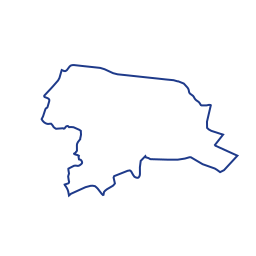 outline of Bukhoro, rotated 152°
{"feature_id": "UZB-354", "entity_name": "Bukhoro", "entity_type": "Region", "adm_level": 1, "iso_a3": "UZB", "parent_name": "Uzbekistan", "parent_adm1": "", "projection": "robinson", "projection_center": [64.255, 40.217], "detail": "fine", "context": "isolated", "style": "outline", "palette": "blue", "viewbox_px": 256, "rotation_deg": 152, "n_neighbors": 0, "source": "natural_earth", "source_scale": "10m", "svg_char_len": 2636}
<svg xmlns="http://www.w3.org/2000/svg" viewBox="0 0 256 256"><g transform="rotate(152 128 128)"><path d="M149.3,210.0L147.7,209.7L146.1,208.9L137.6,203.1L130.2,198.1L124.3,194.1L121.1,190.9L115.4,183.4L112.0,180.3L104.7,175.4L87.3,163.6L78.7,157.8L71.5,152.9L65.3,148.8L62.3,145.9L61.7,145.6L57.9,141.1L57.4,139.3L56.5,135.7L56.4,134.3L56.6,132.9L57.0,131.7L57.3,130.5L57.1,129.2L55.5,125.9L55.3,124.6L55.3,122.9L55.1,121.6L54.7,120.4L53.4,117.9L53.1,116.7L52.9,114.0L52.4,113.4L48.1,111.1L45.6,110.4L44.4,109.6L44.2,109.2L55.3,96.5L58.1,91.0L57.4,88.9L55.8,86.4L47.2,77.5L59.2,72.2L59.1,71.3L44.4,52.2L63.0,45.7L67.4,45.8L69.1,49.3L70.4,51.5L79.1,61.0L86.2,72.6L87.4,73.3L92.1,74.3L99.0,76.7L107.1,81.0L122.9,90.0L124.1,91.9L126.0,93.7L125.9,95.0L132.2,93.0L135.9,87.8L139.1,81.7L140.0,80.5L141.1,79.7L142.1,79.3L143.1,79.6L144.1,80.4L145.2,81.9L145.5,84.1L145.6,88.3L146.3,89.7L148.5,90.4L162.8,92.0L164.0,91.0L165.6,85.2L166.6,84.7L168.4,84.1L175.3,83.8L177.6,83.4L179.3,82.7L181.0,80.5L181.6,80.6L182.1,82.1L183.2,88.6L183.7,90.3L184.5,92.2L186.3,93.6L188.1,94.5L193.3,95.7L209.3,96.7L211.8,96.1L210.6,100.0L210.3,101.7L210.2,103.4L210.3,105.0L210.4,106.3L210.6,107.0L210.5,107.8L209.8,107.7L207.1,107.2L206.6,107.2L206.1,107.3L205.7,107.6L205.1,108.5L205.0,109.3L203.6,113.3L202.4,114.6L201.5,115.4L200.3,119.0L199.7,120.1L193.5,120.0L192.3,119.6L191.2,118.9L190.1,118.1L189.1,117.8L187.9,117.8L186.1,118.1L185.2,118.5L184.7,119.1L184.5,119.7L184.5,120.3L184.4,120.9L184.7,122.1L186.0,123.3L185.2,125.8L184.7,126.2L184.5,126.3L184.4,126.4L184.5,126.7L185.1,127.6L186.7,129.1L187.5,130.0L187.7,130.4L187.6,130.7L186.1,130.8L185.7,130.9L185.4,131.1L185.0,131.4L184.5,131.4L183.7,132.0L181.2,136.8L180.5,137.8L179.5,138.6L178.6,139.2L175.4,140.6L174.9,141.5L174.5,141.9L174.3,142.1L172.6,144.2L171.8,146.0L171.0,147.6L171.8,149.2L175.7,154.2L177.2,155.2L179.7,156.5L179.7,156.9L180.0,157.4L180.2,158.0L180.9,158.3L182.0,158.4L184.3,157.4L185.1,157.6L185.5,158.3L191.9,161.1L192.8,162.6L193.3,164.1L193.3,165.1L193.5,166.5L193.9,167.9L194.9,168.4L196.2,168.9L197.0,169.3L198.0,170.2L198.8,171.3L199.0,171.7L199.4,172.4L199.9,174.1L200.0,174.6L200.1,176.4L197.6,178.1L192.3,183.2L191.6,183.7L191.0,183.9L190.5,183.9L189.9,183.9L189.5,184.1L189.2,184.3L185.1,188.5L184.6,189.2L184.3,189.7L184.3,190.1L184.3,190.4L184.3,190.7L184.4,191.0L184.7,191.6L185.0,192.1L186.7,194.1L186.9,194.3L187.1,194.6L187.1,195.0L187.0,195.6L186.7,195.8L186.4,196.0L177.6,199.0L174.8,200.0L167.4,202.8L165.0,204.4L160.1,209.5L159.3,210.3L157.7,208.3L156.4,207.6L154.8,207.8L150.7,209.7L149.3,210.0Z" fill="none" stroke="#1e3a8a" stroke-width="2"/></g></svg>